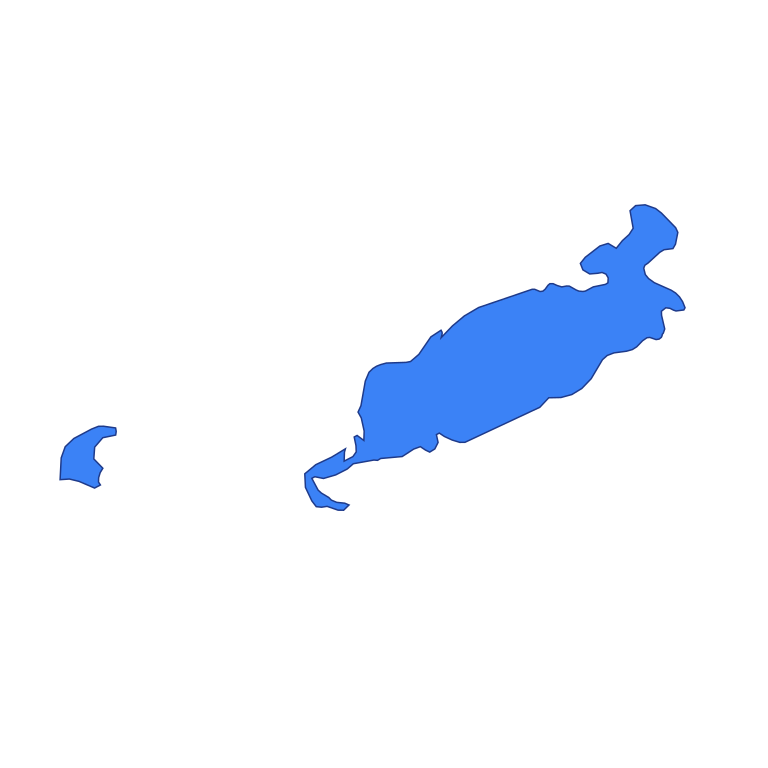 the border of Manus, rotated 152°
{"feature_id": "PNG-1251", "entity_name": "Manus", "entity_type": "Province", "adm_level": 1, "iso_a3": "PNG", "parent_name": "Papua New Guinea", "parent_adm1": "", "projection": "orthographic", "projection_center": [147.059, -2.147], "detail": "fine", "context": "isolated", "style": "filled", "palette": "blue", "viewbox_px": 768, "rotation_deg": 152, "n_neighbors": 0, "source": "natural_earth", "source_scale": "10m", "svg_char_len": 2270}
<svg xmlns="http://www.w3.org/2000/svg" viewBox="0 0 768 768"><g transform="rotate(152 384 384)"><path d="M496.9,304.5L501.4,307.5L502.6,314.7L501.9,329.6L496.1,341.9L482.1,344.8L464.6,344.0L448.5,344.9L450.9,342.4L455.4,334.6L445.5,334.5L440.4,337.1L437.7,342.7L435.2,351.2L431.9,351.2L428.3,343.6L423.6,351.8L420.0,364.7L420.1,371.4L414.5,375.7L399.1,395.4L391.7,401.4L386.5,402.9L382.2,403.2L377.8,402.7L372.1,401.4L354.3,392.7L350.0,391.4L339.3,393.8L320.5,403.6L308.4,404.7L308.4,402.5L309.1,401.0L311.7,398.1L296.2,403.2L281.1,406.4L264.5,407.1L208.8,398.1L206.5,396.9L202.8,392.4L200.2,391.4L197.3,392.0L192.8,394.2L190.4,394.7L187.6,393.2L184.9,389.7L181.5,386.3L176.8,384.8L174.4,383.4L170.2,376.8L168.3,374.5L164.9,372.3L162.6,371.5L153.6,371.5L141.7,368.0L138.8,368.2L136.2,372.5L136.4,376.8L139.1,380.1L143.5,381.5L150.7,384.6L154.8,391.4L154.0,398.3L146.8,401.4L128.6,404.5L120.1,402.9L115.2,394.8L106.1,398.7L97.4,400.9L90.9,404.5L85.4,421.5L78.1,423.4L69.3,419.6L61.8,411.4L58.8,404.7L53.1,385.1L53.4,379.9L61.0,370.6L65.3,367.9L73.7,371.1L78.7,370.8L94.2,366.8L97.9,366.4L100.3,364.3L101.9,357.9L100.9,352.9L97.8,346.6L86.4,332.0L83.8,327.4L82.2,322.2L81.7,316.4L82.4,310.0L84.5,308.6L91.9,311.4L93.7,313.3L96.0,316.6L99.4,319.0L104.9,318.0L106.7,314.3L110.3,300.8L113.5,297.8L115.0,297.2L115.8,296.1L117.2,295.0L120.0,294.5L122.9,295.5L127.4,300.3L130.1,301.4L135.4,300.8L143.4,298.2L148.5,297.8L154.5,299.1L166.3,303.5L173.5,304.4L179.7,302.9L198.6,291.4L211.4,287.2L223.1,286.5L234.1,289.0L245.0,294.5L257.3,290.3L339.9,294.5L344.5,296.9L350.2,302.6L355.3,309.3L358.2,314.7L361.5,314.7L363.7,307.0L369.6,302.8L375.6,302.4L378.4,306.2L381.3,311.6L388.3,312.6L402.0,311.4L421.9,319.8L425.5,319.6L428.6,321.6L448.5,328.0L456.3,326.2L469.3,326.4L481.8,329.0L488.6,334.6L492.0,334.6L492.0,321.3L490.5,317.1L486.0,309.6L485.0,306.2L481.3,301.7L474.6,297.2L471.7,293.6L478.9,291.5L483.8,294.2L491.7,302.7L496.9,304.5ZM688.4,428.0L699.0,441.2L706.4,447.8L714.9,451.6L703.7,470.3L694.9,478.3L683.4,481.5L663.3,481.5L656.0,480.7L651.5,478.4L641.6,471.2L642.7,467.9L643.6,466.6L644.9,464.9L657.5,468.6L669.1,464.1L675.4,454.1L671.8,441.6L676.2,439.0L679.9,435.3L682.1,431.5L681.8,428.0L688.4,428.0Z" fill="#3b82f6" stroke="#1e3a8a" stroke-width="1.5"/></g></svg>